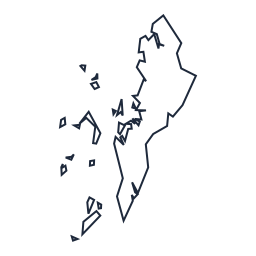 outline of Kawthoung, Tanintharyi, Myanmar
{"feature_id": "60261553B98033082841224", "entity_name": "Kawthoung", "entity_type": "district", "adm_level": 2, "iso_a3": "MMR", "parent_name": "Myanmar", "parent_adm1": "Tanintharyi", "projection": "robinson", "projection_center": [98.408, 10.778], "detail": "medium", "context": "isolated", "style": "outline", "palette": "slate", "viewbox_px": 256, "rotation_deg": 0, "n_neighbors": 0, "source": "geoboundaries", "source_scale": "gbopen_adm2", "svg_char_len": 1838}
<svg xmlns="http://www.w3.org/2000/svg" viewBox="0 0 256 256"><path d="M195.9,75.8L181.2,68.4L176.9,53.3L181.3,43.1L163.3,15.4L152.8,23.9L151.4,31.8L156.8,34.1L159.6,44.0L164.2,45.8L158.9,44.3L158.5,48.5L154.2,34.1L148.4,40.1L145.5,35.9L140.3,38.8L138.7,52.4L143.4,51.8L144.9,61.7L139.7,60.4L136.8,67.2L146.1,81.1L143.7,79.5L137.6,95.4L133.0,95.9L139.9,103.0L136.0,110.1L146.0,110.4L139.2,111.2L141.4,119.5L134.6,118.9L139.8,121.6L138.5,125.3L132.5,118.4L135.1,123.8L131.0,120.7L125.8,123.8L131.1,124.1L131.7,128.7L128.2,128.9L125.0,141.0L122.2,135.9L120.3,137.4L123.8,144.9L115.6,136.9L114.1,143.6L122.8,178.3L117.0,196.4L123.6,220.7L132.8,200.8L131.8,194.9L133.9,198.3L137.7,194.2L135.1,192.3L132.1,182.3L137.9,193.0L148.2,167.4L145.8,144.3L153.2,134.0L167.1,126.0L168.3,113.4L172.9,116.6L182.5,105.2L195.9,75.8ZM88.7,111.8L79.4,123.7L86.3,117.9L95.3,126.7L93.1,143.1L96.2,143.6L100.4,133.2L88.7,111.8ZM96.4,211.1L83.4,221.8L82.4,234.3L100.3,215.6L96.4,211.1ZM122.7,115.5L121.6,99.1L117.0,115.1L120.7,112.1L122.7,115.5ZM119.0,122.6L118.2,132.3L120.0,134.2L124.9,125.5L119.0,122.6ZM89.5,197.4L87.3,202.3L88.4,213.7L94.1,199.9L89.5,197.4ZM64.7,117.9L61.1,119.9L60.1,127.1L65.3,124.3L64.7,117.9ZM62.4,167.6L62.8,164.0L61.3,167.2L61.7,174.8L66.4,170.6L65.4,165.7L62.4,167.6ZM77.5,239.0L71.8,236.5L73.0,240.6L77.5,239.0ZM96.3,82.1L91.0,83.9L94.6,89.0L98.9,87.1L96.3,82.1ZM97.3,73.5L95.7,77.1L91.5,79.9L97.4,78.5L97.3,73.5ZM73.8,154.4L71.5,156.8L65.7,157.5L71.3,159.7L73.8,154.4ZM94.1,160.4L90.1,161.1L89.9,165.7L93.9,164.8L94.1,160.4ZM135.9,108.7L133.4,103.4L132.3,107.5L135.9,108.7ZM79.8,124.8L74.2,125.4L79.1,128.3L79.8,124.8ZM85.3,65.6L81.6,65.3L80.4,66.0L84.5,70.7L85.3,65.6ZM97.8,202.7L98.7,208.6L101.0,208.2L101.2,204.6L97.8,202.7ZM115.8,111.0L112.8,109.6L113.5,114.3L115.8,111.0Z" fill="none" stroke="#1e293b" stroke-width="2"/></svg>